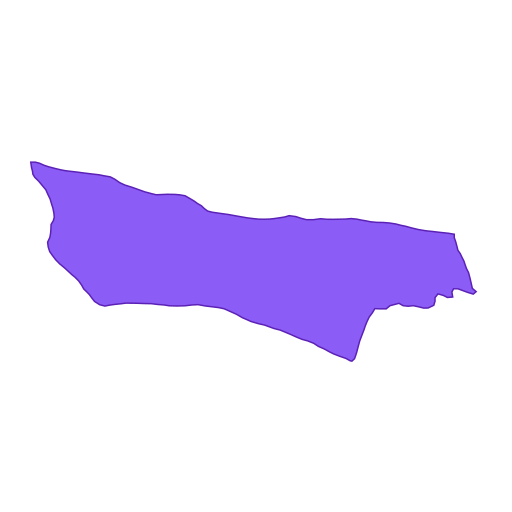 outline of VI-5 Left Bank Upper Canj, East Berbice-Corentyne, Guyana, rotated 85°
{"feature_id": "73187651B6333666971836", "entity_name": "VI-5 Left Bank Upper Canj", "entity_type": "district", "adm_level": 2, "iso_a3": "GUY", "parent_name": "Guyana", "parent_adm1": "East Berbice-Corentyne", "projection": "equal_earth", "projection_center": [-57.57, 5.44], "detail": "fine", "context": "isolated", "style": "filled", "palette": "violet", "viewbox_px": 512, "rotation_deg": 85, "n_neighbors": 0, "source": "geoboundaries", "source_scale": "gbopen_adm2", "svg_char_len": 2582}
<svg xmlns="http://www.w3.org/2000/svg" viewBox="0 0 512 512"><g transform="rotate(85 256 256)"><path d="M369.1,169.6L366.9,166.8L363.6,165.3L360.5,164.0L356.8,162.7L353.0,161.3L349.7,160.1L346.4,158.5L342.9,156.8L339.0,154.9L335.3,153.3L330.8,151.0L326.6,148.5L322.6,144.9L318.8,142.2L319.4,137.5L320.0,130.9L317.2,126.9L316.4,122.3L315.6,117.7L318.3,113.8L319.3,108.8L319.2,103.7L320.8,98.4L322.5,93.5L322.8,89.1L320.6,83.2L316.7,81.6L313.1,81.3L309.6,78.0L311.6,72.8L314.0,68.9L314.0,63.6L309.0,64.0L305.9,62.1L306.3,57.6L308.4,53.2L310.7,48.3L312.9,42.9L310.7,39.8L307.1,43.3L297.6,44.6L291.1,45.7L286.9,47.4L282.7,48.5L279.2,49.3L275.3,50.9L271.5,52.3L267.8,54.4L263.8,55.0L259.3,55.8L254.9,56.9L251.6,56.6L250.1,62.4L248.4,71.1L246.9,78.3L245.7,84.5L243.9,91.6L241.6,98.5L239.4,104.4L238.0,109.1L236.3,113.9L234.7,120.4L233.7,126.3L233.0,132.9L231.9,138.8L230.6,143.3L229.3,148.2L228.0,152.6L227.0,158.0L227.0,163.7L226.6,169.8L226.2,175.8L225.6,182.1L224.5,188.4L224.8,195.6L224.2,202.6L222.4,207.7L220.2,212.9L218.7,219.5L219.6,223.8L220.0,229.3L220.3,234.5L220.4,239.1L220.1,244.5L219.5,250.2L218.5,255.5L217.3,261.1L215.6,267.6L213.9,273.9L212.3,279.7L210.5,287.6L208.6,295.7L207.0,300.3L204.2,303.4L201.1,306.1L198.7,309.6L195.9,312.8L192.8,317.1L189.8,321.4L188.4,326.7L187.6,331.3L186.8,338.9L186.3,350.1L184.9,354.3L182.4,361.2L179.5,367.5L176.7,373.6L173.9,380.4L171.1,385.3L167.2,390.0L164.5,394.2L162.7,400.9L161.4,405.3L160.0,412.2L158.2,420.7L156.8,426.9L155.4,433.8L154.4,438.5L153.1,443.1L151.3,448.5L149.0,454.9L147.1,459.3L144.7,463.6L143.3,467.6L142.9,472.2L148.3,471.9L151.8,471.3L155.2,471.1L158.4,469.5L162.6,465.9L166.7,463.1L171.7,459.6L176.1,458.1L181.4,456.1L186.5,455.1L190.3,454.2L195.6,453.6L199.8,453.6L203.1,454.8L206.7,457.4L210.9,457.9L215.2,458.6L219.4,459.7L224.1,462.4L229.0,462.2L233.7,461.1L237.8,458.7L242.4,455.8L246.8,452.2L251.0,447.9L258.6,441.0L261.4,438.1L265.4,434.8L270.1,432.1L273.8,430.5L276.9,427.8L280.0,425.3L283.4,423.3L287.2,420.8L290.9,416.0L292.7,410.9L292.2,406.3L291.9,400.9L291.8,394.7L291.6,390.0L292.1,384.4L292.7,378.7L293.6,371.6L294.4,364.3L295.7,358.2L296.8,351.7L298.0,346.9L298.9,339.2L299.4,331.1L299.2,324.1L299.4,318.0L301.3,311.1L302.8,304.0L304.1,297.9L305.8,292.3L309.3,286.0L312.3,280.6L316.3,274.9L318.5,270.8L320.8,266.7L323.7,259.3L325.5,253.6L329.8,244.4L331.9,238.4L334.4,233.6L336.8,229.0L340.1,223.1L343.0,217.5L345.1,211.9L348.0,206.1L351.5,201.7L354.5,196.2L357.8,191.3L360.2,187.4L363.2,181.3L365.9,175.3L368.6,171.3L369.1,169.6Z" fill="#8b5cf6" stroke="#5b21b6" stroke-width="1.5"/></g></svg>